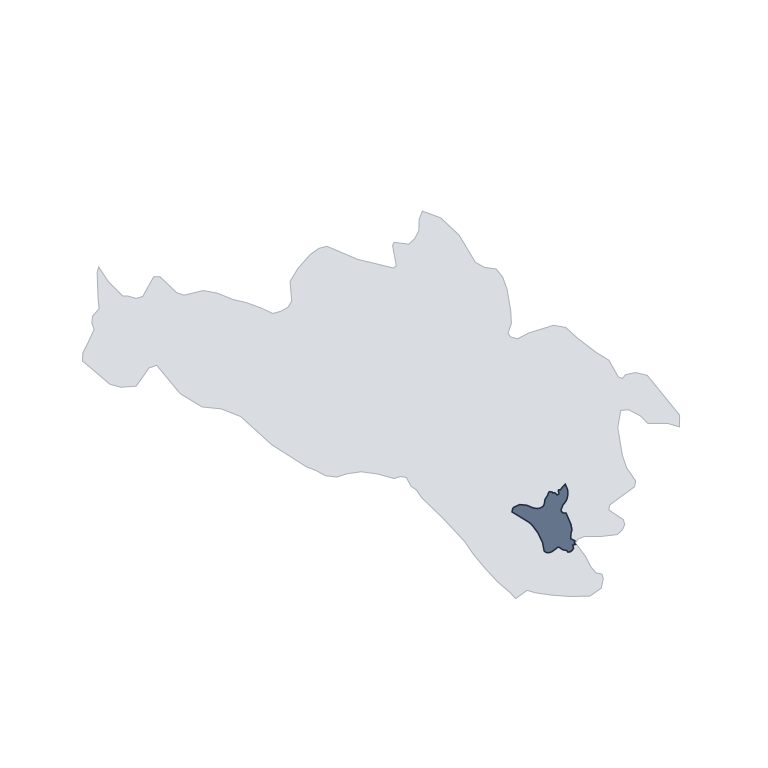 Slovenia, with Tolmin highlighted, rotated 218°
{"feature_id": "SVN-1018", "entity_name": "Tolmin", "entity_type": "Municipality", "adm_level": 1, "iso_a3": "SVN", "parent_name": "Slovenia", "parent_adm1": "", "projection": "robinson", "projection_center": [13.801, 46.147], "detail": "fine", "context": "in_parent", "style": "filled", "palette": "slate", "viewbox_px": 768, "rotation_deg": 218, "n_neighbors": 0, "source": "natural_earth", "source_scale": "10m", "svg_char_len": 2821}
<svg xmlns="http://www.w3.org/2000/svg" viewBox="0 0 768 768"><g transform="rotate(218 384 384)"><path d="M680.9,300.6L664.0,294.9L643.9,292.5L640.1,295.6L632.1,298.8L628.0,304.4L631.5,326.7L626.6,330.6L603.7,328.3L596.2,330.9L583.9,346.4L571.2,353.0L555.0,357.6L543.0,363.2L527.9,368.1L515.0,371.1L510.0,377.9L506.9,385.4L507.8,392.6L521.1,406.9L523.0,422.2L521.8,440.8L518.8,450.8L513.7,457.4L481.4,466.0L447.8,481.3L447.1,484.8L462.5,498.4L463.2,501.8L450.5,509.5L449.3,517.3L450.9,526.2L457.7,535.5L460.2,543.8L441.7,549.8L416.6,547.6L386.8,536.1L376.5,537.8L366.4,543.7L356.1,541.2L344.8,534.0L328.7,519.2L320.9,510.1L317.6,500.4L313.3,499.0L306.6,501.8L301.2,513.6L286.5,534.7L275.6,540.4L259.0,539.2L235.8,539.5L221.4,541.2L203.7,533.8L199.5,535.2L199.4,540.1L192.9,547.8L182.0,552.9L131.9,541.5L124.8,532.1L136.1,527.6L151.8,515.4L162.5,516.7L175.5,514.2L181.2,509.0L173.0,493.6L152.2,474.5L141.1,467.3L125.9,462.5L123.3,457.4L131.7,427.4L129.2,423.1L111.8,424.5L107.8,421.4L106.4,416.2L107.5,409.0L119.2,397.4L132.3,387.0L135.7,381.2L135.3,376.6L118.7,372.1L108.6,367.3L100.7,365.7L95.2,368.4L91.2,365.4L87.1,356.7L91.2,343.6L106.2,331.4L122.2,320.6L136.2,312.7L144.3,309.4L148.1,295.9L156.4,297.3L173.0,298.0L191.4,301.1L208.6,304.8L223.7,309.6L255.5,314.6L284.4,317.6L293.1,320.4L300.2,320.2L309.0,324.2L314.1,321.1L317.9,315.7L333.6,309.2L348.0,300.8L358.2,290.1L363.8,281.7L373.7,275.7L384.3,274.0L394.0,271.0L434.9,267.0L476.9,270.1L496.9,264.2L513.3,253.9L537.4,251.0L538.6,250.9L574.7,258.8L577.5,254.2L579.0,252.2L578.0,229.7L589.3,219.5L599.8,215.1L635.8,216.5L640.6,223.4L642.6,234.1L646.0,248.5L652.0,252.4L655.4,258.1L654.9,268.0L662.0,275.4L678.8,295.4L680.9,300.6Z" fill="#d9dde1" stroke="#a8b0b8" stroke-width="1"/><path d="M136.9,378.0L136.2,375.9L134.3,375.5L136.1,373.3L133.4,371.1L133.4,370.2L133.3,368.8L133.7,366.8L134.7,365.5L135.6,364.7L136.7,365.1L137.4,365.2L138.3,364.9L140.4,363.7L141.9,363.3L145.3,363.2L146.7,362.1L147.2,359.4L148.5,355.1L149.8,353.0L151.7,351.4L153.1,351.0L155.0,351.0L161.5,356.7L171.0,361.4L179.5,363.8L182.3,364.2L185.0,364.2L204.4,362.0L205.9,365.0L205.9,366.6L202.9,372.5L197.0,376.3L190.5,378.1L187.2,379.8L184.8,382.0L184.1,383.5L183.4,385.4L183.4,386.7L184.2,388.9L185.9,391.7L186.3,393.6L186.3,395.4L186.7,397.5L187.2,398.8L187.5,400.3L187.3,401.1L185.0,402.4L183.7,402.1L183.4,402.7L182.6,403.4L181.6,403.5L179.8,403.1L179.1,403.5L178.6,404.5L178.8,405.3L179.3,406.0L180.5,406.6L181.0,407.3L181.2,408.2L180.8,408.6L180.0,408.7L179.8,409.6L179.9,410.8L179.9,412.2L179.5,416.7L174.3,413.8L172.9,412.4L170.9,409.9L169.2,406.6L168.5,403.7L168.4,400.8L168.6,399.2L167.0,393.9L165.7,392.8L163.4,392.7L161.1,394.4L149.7,388.2L148.9,386.9L147.5,386.3L145.6,384.0L145.2,382.2L141.7,377.1L136.9,378.0Z" fill="#64748b" stroke="#1e293b" stroke-width="1.5"/></g></svg>